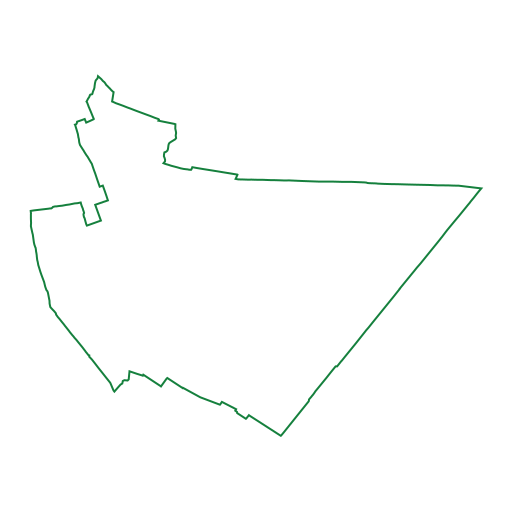 Posta Calnau, Buzau, Romania (Albers equal-area conic projection)
{"feature_id": "2599482B12204688423442", "entity_name": "Posta Calnau", "entity_type": "district", "adm_level": 2, "iso_a3": "ROU", "parent_name": "Romania", "parent_adm1": "Buzau", "projection": "albers", "projection_center": [26.87, 45.248], "detail": "fine", "context": "isolated", "style": "outline", "palette": "green", "viewbox_px": 512, "rotation_deg": 0, "n_neighbors": 0, "source": "geoboundaries", "source_scale": "gbopen_adm2", "svg_char_len": 5429}
<svg xmlns="http://www.w3.org/2000/svg" viewBox="0 0 512 512"><path d="M309.0,399.5L309.4,399.0L309.7,398.6L309.8,398.5L310.0,398.3L311.3,396.8L312.3,395.5L312.8,395.0L313.7,393.8L314.6,392.5L315.5,391.1L315.9,390.7L316.2,390.3L317.7,388.5L320.0,385.7L323.1,381.9L326.3,378.0L330.8,372.3L335.5,366.5L335.8,366.3L336.2,366.3L336.6,366.4L337.1,366.4L341.4,361.0L341.6,360.9L345.3,356.3L356.2,342.9L365.7,330.9L365.8,330.7L368.6,327.5L373.0,322.0L388.5,302.9L391.0,299.8L392.8,297.6L396.3,293.2L399.8,288.8L399.7,288.7L411.3,274.5L414.6,270.5L414.8,270.2L415.0,270.0L416.5,268.1L416.7,267.9L417.0,267.5L420.5,263.5L429.0,253.0L438.9,240.8L441.4,237.6L441.7,237.3L445.4,232.4L447.5,229.7L453.8,222.1L456.8,218.5L459.0,215.9L466.5,206.7L467.7,205.2L469.8,202.7L470.1,202.3L470.2,202.1L470.9,201.2L473.8,197.7L476.6,194.1L478.7,191.5L481.3,188.4L459.6,185.8L458.9,185.7L453.5,185.6L448.2,185.4L436.8,185.3L430.4,185.0L416.0,184.7L407.9,184.5L397.6,184.2L390.9,184.1L383.8,183.9L377.5,183.6L376.1,183.4L369.9,183.2L367.5,183.0L366.4,182.6L364.4,182.4L352.2,181.9L343.6,181.9L332.7,181.6L319.1,181.6L302.2,181.0L288.9,180.4L285.0,180.5L279.6,180.3L273.0,180.1L270.2,180.1L267.5,180.0L262.7,179.8L257.9,179.8L253.8,179.7L251.2,179.6L249.0,179.7L243.3,179.5L238.4,179.4L237.2,179.2L235.6,178.9L237.5,174.7L237.4,174.6L212.3,170.5L202.8,169.0L196.8,168.0L192.3,167.2L191.9,168.3L191.4,169.4L191.1,169.8L189.0,169.7L187.7,169.4L186.7,169.3L185.0,169.1L183.4,168.9L180.6,168.3L177.5,167.4L171.4,165.8L168.3,164.8L165.2,163.9L163.5,163.2L165.0,161.4L165.1,159.8L164.5,157.7L163.9,156.3L164.0,154.5L164.4,152.4L166.2,151.7L167.4,150.6L167.9,149.3L168.2,147.4L168.4,145.6L168.7,144.2L169.3,143.1L170.6,142.1L173.4,140.4L175.2,139.3L176.1,138.1L175.7,135.6L176.1,133.0L175.9,131.5L175.3,128.7L175.4,124.2L174.4,123.9L168.4,122.7L158.5,120.7L158.9,120.1L159.0,119.7L158.9,119.5L158.5,119.1L154.8,117.8L150.3,116.0L145.9,114.4L141.3,112.7L135.9,110.7L133.3,109.7L130.5,108.6L127.7,107.6L125.4,106.7L123.4,105.9L119.6,104.5L115.9,103.2L114.0,102.3L112.1,101.5L113.6,92.1L113.0,91.7L112.2,91.0L110.8,89.6L109.8,88.4L109.0,87.7L107.3,85.9L106.2,84.9L105.3,83.4L104.3,82.1L102.9,81.0L101.3,79.1L98.0,76.2L97.9,76.7L97.7,77.8L97.5,78.3L97.4,78.5L96.9,79.1L96.4,79.6L96.0,80.1L95.9,80.3L95.7,80.5L95.5,81.1L95.3,81.9L95.0,83.1L94.5,86.7L94.5,87.3L94.3,88.1L94.1,88.8L93.9,89.5L93.5,90.2L93.1,91.3L92.9,91.9L92.7,92.5L92.6,92.9L92.5,93.5L92.4,93.7L92.3,94.0L92.2,94.1L91.9,94.3L91.4,94.4L90.8,94.5L90.4,94.6L90.0,95.0L89.8,95.3L89.8,95.7L89.6,96.1L89.4,96.6L89.1,97.2L88.4,98.2L87.9,99.0L87.4,100.0L87.1,100.6L86.8,101.1L86.5,101.6L86.9,102.1L87.0,102.3L87.4,103.2L88.0,104.9L88.3,105.5L88.5,106.3L89.3,108.1L91.1,112.4L93.0,117.1L93.8,118.9L93.8,119.1L93.7,119.2L90.3,120.8L86.2,122.6L85.9,121.9L85.2,120.2L84.9,119.5L84.7,119.0L82.3,119.9L77.1,121.7L77.0,122.3L76.9,122.8L76.7,123.5L76.3,124.1L76.0,124.3L75.9,124.4L75.4,124.6L75.0,124.7L75.1,124.9L75.2,125.2L75.5,126.0L75.6,126.5L76.1,128.1L76.6,129.7L77.7,133.5L77.9,134.1L78.0,134.9L78.1,135.5L78.2,136.0L78.3,136.8L78.4,137.4L78.6,138.0L78.9,139.4L79.0,140.3L79.1,141.3L79.2,142.1L79.4,143.0L79.7,144.0L79.9,144.6L80.0,145.0L83.2,150.0L83.4,150.2L84.4,152.0L86.3,155.0L86.8,155.7L87.5,156.6L90.8,162.2L91.8,163.8L91.9,164.0L92.0,164.4L92.9,167.1L94.0,170.3L95.2,173.5L95.6,174.7L96.7,178.0L97.2,179.5L99.7,186.7L102.8,185.6L104.6,190.6L106.4,195.8L107.9,200.4L104.8,201.5L104.6,201.5L103.2,202.0L101.4,202.7L101.2,202.7L95.2,204.8L96.0,207.0L100.9,220.6L86.9,225.6L86.3,224.4L85.6,222.0L84.6,218.2L84.0,217.1L83.7,215.9L83.5,214.6L83.6,213.8L83.9,213.4L84.1,212.9L84.0,212.6L83.5,210.9L83.2,210.2L82.8,208.6L81.8,206.2L81.1,204.1L80.7,202.5L77.4,203.2L76.0,203.3L74.7,203.4L69.4,204.5L66.4,204.9L62.1,205.7L59.1,206.0L56.3,206.4L55.1,206.4L53.0,206.9L52.4,207.6L51.6,208.2L51.0,208.5L50.3,208.4L48.4,208.7L33.9,210.4L30.7,210.9L30.8,212.1L31.0,213.4L30.9,213.9L30.9,218.6L31.0,221.3L31.0,222.2L31.1,222.9L31.0,223.7L30.9,226.2L31.2,227.7L32.4,233.1L32.8,234.6L33.9,242.5L34.4,244.7L35.4,247.5L35.6,247.8L35.9,249.7L36.0,250.8L36.1,251.6L36.4,253.1L36.7,255.1L36.8,256.5L37.2,259.9L37.4,260.7L37.7,261.8L38.2,264.6L38.2,264.8L39.3,268.3L40.4,271.9L41.1,273.9L41.4,274.8L44.1,282.0L45.2,286.6L46.4,290.0L47.3,291.1L47.7,292.0L48.0,293.1L49.5,300.8L49.6,303.6L50.3,307.0L51.2,308.1L52.8,309.8L53.9,310.9L55.4,312.7L55.7,313.1L55.9,313.4L56.0,314.1L56.1,314.6L56.7,315.4L57.8,317.0L59.4,318.8L61.6,321.6L63.9,324.4L65.0,325.9L65.4,326.4L66.0,327.1L66.2,327.4L66.7,328.0L69.2,331.2L69.9,332.2L70.9,333.4L72.1,334.9L73.6,336.6L74.4,337.7L76.5,340.0L78.0,341.9L82.4,347.3L84.3,349.8L85.0,350.7L85.9,352.0L86.4,352.6L86.6,352.8L88.3,355.0L89.3,355.4L89.2,356.4L89.3,356.8L89.7,357.2L90.4,357.9L91.9,359.5L94.8,363.2L98.8,368.4L100.4,370.4L100.8,370.9L106.5,378.1L108.5,380.6L110.1,382.6L110.3,382.9L111.0,384.5L112.3,387.6L113.1,389.5L113.6,390.6L114.0,391.1L114.4,391.6L118.1,387.3L120.5,384.6L122.3,383.5L122.8,381.0L124.4,380.2L127.6,380.5L128.7,379.4L129.5,371.3L136.9,373.8L142.0,375.4L142.8,375.7L143.3,374.7L160.9,386.3L161.0,386.4L166.4,378.9L167.3,378.0L182.7,388.1L182.9,387.8L183.1,387.9L200.3,397.3L219.9,404.7L220.0,404.7L221.9,401.9L228.1,405.1L236.1,409.2L235.3,410.7L237.0,411.9L237.2,413.1L245.9,418.8L246.1,418.7L248.9,415.2L249.0,415.3L268.7,428.0L280.8,435.8L281.0,435.7L283.5,432.7L303.4,407.9L308.7,401.3L308.9,400.5L309.0,399.5Z" fill="none" stroke="#15803d" stroke-width="2"/></svg>